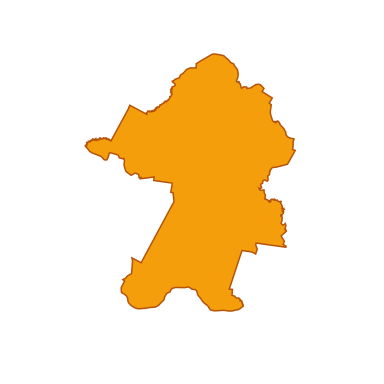 Pampāļu pag., Saldus, Latvia, rotated 310°
{"feature_id": "27541924B77529018431464", "entity_name": "Pampāļu pag.", "entity_type": "district", "adm_level": 2, "iso_a3": "LVA", "parent_name": "Latvia", "parent_adm1": "Saldus", "projection": "mercator", "projection_center": [22.17, 56.561], "detail": "fine", "context": "isolated", "style": "filled", "palette": "amber", "viewbox_px": 384, "rotation_deg": 310, "n_neighbors": 0, "source": "geoboundaries", "source_scale": "gbopen_adm2", "svg_char_len": 6015}
<svg xmlns="http://www.w3.org/2000/svg" viewBox="0 0 384 384"><g transform="rotate(310 192 192)"><path d="M290.2,244.4L289.2,241.8L292.9,239.4L295.7,237.0L297.0,236.7L298.3,235.8L296.6,233.1L295.8,230.5L296.0,228.0L296.2,227.4L297.0,226.6L297.2,226.0L298.0,225.4L298.4,224.8L298.7,223.5L299.4,222.1L299.7,220.5L300.2,216.1L301.0,215.2L301.6,212.6L301.2,211.7L300.5,212.1L299.8,211.0L298.9,211.5L299.1,210.0L298.2,209.5L298.5,207.7L301.7,202.7L302.6,201.6L304.2,200.1L309.8,196.7L309.7,194.0L315.6,193.1L314.0,181.2L317.6,180.6L318.1,175.3L317.9,174.9L317.2,173.5L315.2,171.8L309.1,169.9L306.7,167.6L307.5,166.7L307.5,166.3L307.1,165.6L305.6,163.8L303.4,163.4L303.8,162.3L305.6,159.8L305.9,159.1L305.7,158.0L305.9,157.6L306.6,157.5L306.6,156.8L305.5,156.3L305.1,155.7L305.5,154.8L309.6,153.2L312.2,151.5L314.9,148.3L316.1,143.1L316.9,141.6L316.0,138.2L316.6,135.8L316.7,129.4L316.9,128.7L313.9,123.2L311.8,120.0L310.2,118.8L296.6,113.9L292.9,112.8L289.7,115.4L285.7,110.7L282.4,109.1L277.6,108.9L274.1,108.0L271.3,108.9L267.3,106.5L265.5,106.5L264.2,105.6L263.8,106.4L264.0,108.7L263.4,110.1L263.0,110.4L262.1,110.6L259.7,109.2L258.7,109.7L258.8,110.0L257.9,110.8L257.5,110.5L257.6,110.1L257.1,110.2L257.0,109.9L256.5,110.3L256.3,110.2L256.2,110.4L256.4,110.6L256.2,110.8L255.6,111.0L255.8,111.8L255.3,111.7L254.9,112.2L254.5,112.0L254.4,112.7L254.7,113.1L254.0,113.4L254.0,113.7L253.6,114.0L253.0,114.0L252.8,114.5L252.8,114.1L252.1,114.4L251.8,114.1L251.4,114.1L250.9,113.8L250.8,114.2L250.4,114.2L250.0,114.6L248.9,114.4L247.4,115.0L246.6,114.3L245.8,114.4L245.1,113.8L244.7,114.2L244.6,113.5L244.1,113.1L243.9,113.4L243.1,112.9L242.0,113.3L241.7,112.9L241.0,112.9L240.5,112.4L238.8,112.4L238.7,112.0L237.9,111.5L237.5,111.9L237.0,111.8L236.2,112.2L236.1,111.9L235.1,111.6L235.0,111.1L234.6,111.4L234.5,110.8L234.1,110.8L234.3,110.6L233.6,110.3L233.2,110.6L232.7,110.2L231.9,110.5L232.0,111.0L231.8,111.4L231.0,110.6L230.7,110.9L230.5,110.7L230.2,110.9L229.8,110.3L229.5,110.9L229.3,110.7L229.2,110.0L228.5,110.1L228.6,109.3L228.0,109.4L228.1,109.1L228.4,109.2L228.4,108.9L227.8,108.8L227.1,108.3L226.9,108.7L226.7,108.6L226.8,108.3L226.5,108.0L226.8,107.6L226.5,107.2L226.1,107.3L226.1,107.0L225.7,106.8L225.7,106.2L224.4,106.3L223.9,106.6L223.6,106.3L223.0,107.0L222.8,106.7L222.4,107.2L218.5,88.6L216.3,89.2L215.9,89.6L178.9,97.1L178.8,96.7L179.3,96.7L178.6,94.8L179.1,94.8L179.1,94.3L178.8,93.9L178.5,94.3L178.2,94.2L178.1,93.5L178.2,93.2L177.8,92.9L178.1,92.5L177.6,92.4L177.8,92.0L177.6,91.8L178.1,91.2L177.7,90.9L177.3,91.3L177.1,91.1L177.2,90.7L176.5,89.8L176.7,89.5L176.4,89.2L175.8,89.7L175.2,89.5L173.5,87.4L173.7,87.2L174.5,87.6L174.4,86.8L173.9,86.5L173.4,86.6L172.5,87.3L172.2,87.2L172.1,86.1L171.5,85.5L170.8,85.7L171.0,86.2L170.4,86.1L170.3,84.9L170.8,84.3L170.2,84.3L170.4,83.7L169.2,83.9L169.4,84.3L169.1,84.4L168.9,83.8L169.0,82.5L168.3,82.6L168.5,81.8L167.5,81.9L167.3,82.1L167.4,82.4L166.9,82.2L166.8,81.4L166.2,81.4L165.8,81.8L165.3,81.8L165.1,80.9L164.8,81.0L164.3,80.1L163.9,80.6L163.4,80.6L162.2,79.4L161.8,79.9L162.2,80.4L161.6,80.6L161.5,81.0L160.0,81.1L160.0,80.6L159.0,80.4L158.6,80.9L158.8,81.4L158.4,82.0L158.8,82.2L158.4,82.6L157.3,87.7L157.9,90.8L160.9,99.6L160.3,104.2L161.8,106.1L164.5,105.5L168.8,103.6L169.9,104.8L172.9,111.7L171.4,114.4L173.1,117.9L173.8,117.9L174.0,118.3L172.6,120.1L168.9,122.6L166.2,126.6L165.3,128.5L165.6,134.6L170.0,136.3L171.1,139.8L168.9,142.4L170.3,143.6L169.0,144.0L179.2,153.4L176.2,155.3L185.9,170.8L185.7,171.5L178.1,176.0L179.3,177.9L173.1,184.4L105.1,198.5L102.9,188.3L100.8,190.9L90.7,198.1L86.5,196.6L83.0,196.5L80.4,195.3L80.4,197.6L73.1,199.3L69.7,202.5L69.8,203.8L70.2,205.7L70.3,208.2L69.7,210.3L66.8,213.7L66.2,215.5L65.9,218.5L66.6,222.8L67.5,225.1L68.2,226.1L72.4,230.5L76.7,234.2L79.9,237.6L82.4,238.8L83.9,239.2L91.5,239.8L93.4,238.7L97.3,237.9L99.3,238.3L101.2,239.4L103.8,238.6L106.0,239.1L108.4,240.9L114.3,248.2L116.8,250.0L117.4,252.0L117.4,253.6L117.6,254.6L118.6,256.1L119.2,257.3L119.4,258.2L118.9,259.7L117.1,262.3L116.8,263.0L116.0,267.1L115.1,269.9L114.7,273.3L115.0,276.4L114.8,277.6L113.6,281.4L113.6,282.1L114.2,283.7L114.6,284.0L115.5,285.7L116.2,286.5L121.8,292.4L124.9,297.3L126.7,299.2L127.9,300.2L129.3,300.9L130.4,302.2L131.7,303.1L134.3,304.0L137.7,304.6L137.9,304.0L138.2,303.8L138.1,303.5L138.7,303.2L138.9,302.8L138.7,302.1L139.3,301.9L139.6,301.4L139.5,301.2L140.3,300.5L140.4,300.1L140.2,299.8L140.5,299.6L140.3,299.3L140.4,299.1L140.2,298.6L139.8,298.5L140.1,298.0L140.7,297.8L140.8,295.8L139.6,294.7L139.2,293.3L139.7,291.8L138.6,289.1L143.4,285.5L141.5,283.0L179.3,267.9L184.2,275.9L184.7,277.0L185.4,280.6L190.2,278.7L192.5,274.7L194.1,274.0L195.1,275.5L196.4,277.6L210.0,299.4L211.0,298.8L210.7,297.7L210.6,295.4L213.6,294.4L215.6,288.5L222.6,289.5L223.1,288.8L222.7,288.1L223.3,287.1L223.7,287.4L224.8,286.2L226.7,285.6L227.8,283.6L226.5,283.6L225.0,282.8L225.3,280.5L226.4,279.7L227.6,279.6L230.3,277.6L230.7,277.0L230.7,275.9L231.3,276.4L231.5,276.3L231.0,275.2L231.4,274.9L233.6,275.7L235.4,275.2L235.8,274.8L235.3,274.1L235.3,273.5L236.0,272.9L236.5,273.8L237.3,273.6L238.0,273.8L237.9,273.2L238.4,272.8L237.5,271.9L237.4,271.3L238.0,271.5L238.4,270.7L239.1,270.4L240.1,268.2L240.3,267.3L240.7,266.8L242.1,266.4L242.0,266.0L240.7,265.3L240.6,264.5L240.0,263.5L240.6,262.5L239.5,261.5L239.6,260.4L238.7,260.4L238.6,260.1L239.1,259.3L238.3,259.1L237.9,257.8L236.6,257.3L235.4,258.4L233.9,258.0L234.1,257.5L234.9,257.5L235.1,257.2L235.0,256.4L234.2,255.9L234.5,255.0L234.2,253.9L233.9,253.5L234.0,253.1L233.5,252.6L233.5,252.2L235.8,251.0L236.6,250.3L238.1,247.4L239.9,245.9L237.6,243.7L237.3,242.2L238.0,240.8L238.2,242.0L240.0,242.6L241.0,240.9L242.1,239.6L244.0,240.5L245.2,239.8L245.6,239.2L246.2,239.2L247.4,239.5L248.0,240.0L248.5,242.5L248.9,242.7L250.3,242.5L252.1,240.4L252.7,240.2L253.0,239.7L255.1,240.2L255.7,239.6L256.3,239.5L256.6,238.9L257.7,238.7L257.6,238.4L258.3,238.0L262.3,237.8L265.2,240.6L274.6,247.3L290.2,244.4Z" fill="#f59e0b" stroke="#b45309" stroke-width="1.5"/></g></svg>